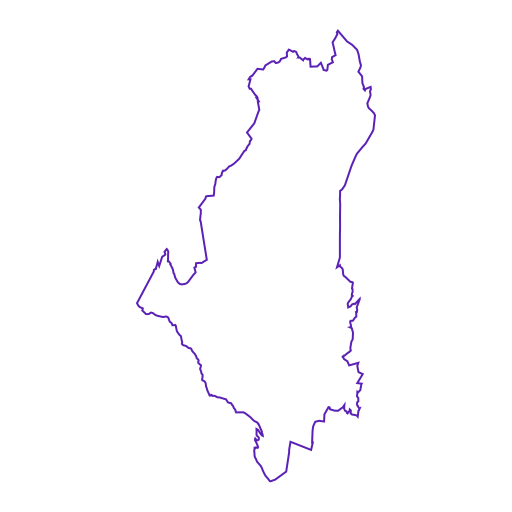 outline of Ahuehuetitla, Puebla, Mexico
{"feature_id": "50627088B39189624478389", "entity_name": "Ahuehuetitla", "entity_type": "district", "adm_level": 2, "iso_a3": "MEX", "parent_name": "Mexico", "parent_adm1": "Puebla", "projection": "equal_earth", "projection_center": [-98.198, 18.232], "detail": "fine", "context": "isolated", "style": "outline", "palette": "violet", "viewbox_px": 512, "rotation_deg": 0, "n_neighbors": 0, "source": "geoboundaries", "source_scale": "gbopen_adm2", "svg_char_len": 6043}
<svg xmlns="http://www.w3.org/2000/svg" viewBox="0 0 512 512"><path d="M347.6,413.4L349.7,410.5L349.8,409.5L350.8,410.4L350.7,413.5L352.2,414.6L354.0,414.8L356.8,415.5L357.7,416.6L358.5,410.6L358.8,410.5L359.8,408.2L359.2,408.4L358.0,406.5L358.0,406.1L357.6,405.9L356.9,404.2L357.3,402.1L358.3,401.4L358.3,398.0L357.0,396.3L357.4,391.9L358.0,392.5L360.3,390.1L361.4,384.0L361.6,383.7L357.3,383.1L362.7,374.1L358.5,372.1L357.3,365.9L358.3,362.8L349.2,365.4L347.4,361.3L344.1,359.1L343.3,357.6L342.6,357.0L342.6,356.7L343.0,356.3L343.7,355.7L344.3,355.8L347.9,352.8L349.3,352.1L349.4,351.7L350.8,350.6L350.4,349.0L350.4,347.5L351.4,341.7L352.3,340.0L352.7,339.2L353.0,332.7L351.8,328.2L349.9,327.3L351.0,327.0L351.1,326.2L350.1,321.9L350.6,320.8L352.6,320.8L353.0,320.6L354.8,317.8L356.3,316.6L356.2,313.0L356.0,312.1L356.9,312.0L357.2,309.7L356.7,307.4L359.7,299.3L359.7,298.9L354.9,304.1L354.2,303.7L352.8,304.1L352.0,304.5L350.6,306.3L348.2,307.4L348.1,306.3L347.7,304.1L347.8,303.4L348.3,302.4L350.1,300.0L350.6,299.5L351.2,298.3L351.9,296.5L352.7,295.9L351.8,295.0L352.0,293.6L352.6,291.9L352.6,290.2L352.4,288.8L352.0,288.5L352.9,282.6L351.9,282.0L350.5,281.9L346.7,278.2L345.2,276.8L343.8,275.8L343.2,274.5L342.9,271.1L342.7,269.4L342.2,268.3L340.0,266.4L339.9,265.3L337.0,267.3L339.9,257.5L339.9,235.8L340.1,226.0L340.0,217.4L340.2,203.8L339.8,198.7L339.9,198.4L340.1,194.7L340.1,190.9L342.1,189.4L344.9,185.3L351.6,165.6L355.3,157.0L357.0,153.6L362.4,147.1L365.6,143.6L371.7,133.1L373.4,129.8L375.0,115.4L374.0,113.2L371.6,110.7L368.8,108.1L367.9,106.3L367.5,103.9L367.3,103.4L369.8,97.5L370.6,95.1L370.0,91.2L370.9,89.3L370.6,86.9L365.5,89.0L364.9,90.4L363.5,88.8L364.0,87.1L362.4,83.2L362.1,76.3L358.4,71.7L360.3,67.8L361.0,65.4L359.9,61.8L358.6,54.4L357.1,49.8L352.1,44.8L347.1,41.5L337.9,30.7L336.8,32.3L337.4,34.0L335.2,38.3L332.6,42.3L334.8,52.0L335.6,55.1L332.0,57.2L331.8,59.3L332.9,62.3L327.9,64.8L327.3,70.0L326.4,70.7L323.6,69.9L323.4,69.0L320.9,62.8L317.3,66.4L310.6,66.7L310.4,64.4L310.2,61.3L309.9,58.9L308.4,58.8L308.1,59.4L307.0,59.2L305.1,57.9L303.7,59.3L303.1,59.8L303.0,60.2L299.7,57.5L298.2,57.5L298.6,56.9L296.8,53.6L296.4,52.4L296.0,51.8L294.1,51.0L293.1,51.8L288.9,49.6L286.8,52.5L287.0,56.5L285.9,57.4L281.0,58.9L280.8,59.6L279.6,61.6L277.8,62.7L275.7,63.0L274.3,61.2L271.5,61.6L265.3,65.5L264.6,67.2L263.2,69.5L257.5,68.8L252.3,75.7L252.1,75.6L250.1,77.0L248.7,79.3L250.5,79.3L248.6,86.4L249.7,88.8L251.0,88.7L252.8,91.5L255.6,95.4L256.1,95.6L257.3,97.2L257.5,98.1L256.6,98.0L258.8,101.4L257.8,101.5L259.3,109.9L258.5,111.5L254.3,123.3L247.0,132.5L251.5,138.6L251.3,139.5L250.9,140.2L250.0,141.0L249.5,144.0L248.6,145.0L247.2,146.8L247.1,147.6L246.4,148.3L246.1,149.8L245.6,150.4L244.4,150.8L240.3,157.1L239.3,158.7L233.5,164.1L233.0,164.3L231.2,165.6L229.2,166.4L226.6,169.2L225.0,170.5L223.5,170.8L223.1,170.6L222.8,170.9L222.6,171.7L221.9,172.9L221.6,175.1L219.4,177.2L217.1,176.9L216.7,177.4L216.2,178.6L215.7,180.6L215.3,184.0L214.3,187.1L214.1,193.3L213.7,195.6L207.2,196.1L206.0,196.5L205.4,198.7L198.8,207.5L200.8,209.7L200.8,213.4L200.6,214.7L200.0,220.2L200.6,221.1L206.8,259.8L203.6,261.7L201.9,262.9L201.2,263.1L200.3,262.8L196.1,263.2L195.9,264.7L196.1,266.7L194.4,267.6L195.6,272.3L194.7,273.5L193.4,274.8L187.9,282.2L186.5,283.3L184.7,284.0L181.8,284.4L179.8,284.0L177.8,282.2L175.2,277.6L174.2,273.9L173.7,273.4L173.4,272.4L173.1,270.4L172.3,267.9L172.0,267.7L171.7,267.1L170.8,265.0L170.3,264.5L170.6,263.7L168.6,261.2L167.9,261.3L168.1,257.4L168.1,253.9L168.3,251.8L167.4,249.7L166.7,249.0L164.5,251.9L164.9,252.7L165.3,254.6L163.4,256.0L162.2,256.7L159.2,266.0L157.7,261.9L157.1,264.4L156.1,267.6L155.8,269.1L155.4,269.2L155.4,268.8L154.1,269.7L153.8,270.2L153.8,271.5L137.0,303.2L138.3,305.6L139.5,306.9L142.8,308.4L142.3,310.6L143.1,311.2L145.7,313.8L146.3,314.1L147.9,314.1L149.0,313.9L149.8,313.4L150.6,312.7L151.3,312.6L153.3,313.3L154.4,314.3L156.0,315.3L157.9,315.9L162.8,317.0L164.2,316.9L165.4,316.5L166.6,316.6L168.2,317.5L168.6,318.4L168.8,319.3L169.8,321.7L171.5,323.0L171.9,323.8L172.4,325.2L174.1,325.2L175.1,324.9L175.8,325.7L176.4,329.0L176.8,330.9L177.2,331.7L179.2,334.6L180.9,336.1L181.1,337.0L181.4,338.9L182.2,342.4L181.9,343.8L182.6,344.7L183.3,345.2L185.8,345.9L186.6,346.3L187.4,347.1L188.7,348.0L189.6,348.2L190.6,348.3L191.2,348.8L192.2,351.0L193.0,352.0L193.8,352.8L194.9,354.1L195.9,355.7L196.8,358.3L198.1,359.4L198.6,360.5L198.5,361.2L198.2,361.7L198.2,362.4L198.4,363.0L199.7,364.3L200.8,365.0L201.0,365.7L200.7,367.0L200.2,368.3L200.1,369.0L201.2,371.7L201.4,373.3L201.8,373.9L202.6,374.8L202.6,376.5L202.1,379.5L202.3,380.2L203.0,380.6L204.0,381.0L204.8,381.7L205.2,382.3L205.6,383.1L205.8,384.1L206.1,386.6L206.6,387.7L207.2,390.0L209.7,395.6L210.1,395.6L210.6,395.4L211.2,394.8L211.6,394.9L212.2,395.8L212.5,395.9L213.5,395.8L214.8,395.9L217.5,397.3L220.1,397.5L221.5,398.1L222.6,398.3L224.4,398.9L226.0,399.3L227.9,402.3L228.6,402.7L230.5,403.0L231.2,403.3L231.8,404.5L233.2,406.2L233.6,407.5L234.0,408.2L235.1,409.5L235.6,410.6L235.6,411.5L236.1,412.4L243.1,412.3L244.9,413.0L250.3,417.1L253.1,420.0L254.6,421.2L256.6,422.1L257.7,422.9L257.8,423.6L258.5,424.0L259.2,425.5L261.9,431.7L261.8,432.7L262.6,434.5L262.8,435.8L261.9,435.4L260.6,433.9L258.1,429.9L256.5,429.0L256.6,432.0L256.5,434.0L256.7,435.5L258.0,436.6L258.9,437.9L258.7,439.6L257.8,440.3L256.6,440.1L255.3,438.6L255.0,439.7L255.2,440.7L256.1,442.1L257.4,445.1L258.1,447.2L257.6,447.9L255.9,447.4L255.5,448.0L254.6,447.8L254.5,449.6L254.2,450.5L254.3,452.3L254.5,453.1L254.5,454.6L254.7,456.4L255.1,457.5L255.7,458.5L257.1,461.8L260.8,466.0L262.0,468.3L262.9,470.7L264.0,473.0L265.5,475.8L268.2,478.9L269.7,481.0L270.5,481.3L275.2,479.6L286.2,471.6L289.1,452.6L289.2,449.4L290.5,441.8L311.1,449.9L312.8,442.5L312.1,442.5L312.6,430.1L313.3,426.0L315.2,421.8L319.0,420.8L324.1,421.5L324.4,414.4L328.5,407.1L329.6,407.4L329.9,409.2L334.3,410.6L338.0,410.8L342.8,407.3L344.4,405.0L344.1,408.6L345.0,410.7L346.5,411.4L346.9,412.9L347.6,413.4Z" fill="none" stroke="#5b21b6" stroke-width="2"/></svg>